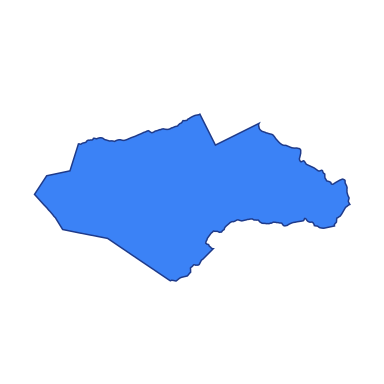 the district of Koas Krala, Batdâmbâng, Cambodia, rotated 244°
{"feature_id": "14789045B77023093134849", "entity_name": "Koas Krala", "entity_type": "district", "adm_level": 2, "iso_a3": "KHM", "parent_name": "Cambodia", "parent_adm1": "Batdâmbâng", "projection": "natural_earth1", "projection_center": [103.147, 12.673], "detail": "fine", "context": "isolated", "style": "filled", "palette": "blue", "viewbox_px": 384, "rotation_deg": 244, "n_neighbors": 0, "source": "geoboundaries", "source_scale": "gbopen_adm2", "svg_char_len": 6153}
<svg xmlns="http://www.w3.org/2000/svg" viewBox="0 0 384 384"><g transform="rotate(244 192 192)"><path d="M121.7,133.6L121.6,135.1L120.8,136.3L119.0,138.6L119.1,139.4L119.6,141.5L119.9,142.9L120.0,144.2L119.8,145.8L119.6,146.4L119.4,147.6L119.1,148.7L118.8,150.1L118.6,151.1L119.5,153.1L120.0,154.1L120.3,155.0L120.5,155.6L123.8,157.1L124.3,157.2L124.5,157.5L124.7,158.0L124.9,159.3L125.1,159.9L125.6,161.0L125.8,161.5L125.8,161.8L125.2,162.7L124.7,163.1L124.0,164.6L123.7,165.3L123.6,166.1L123.8,166.8L124.6,167.9L124.9,168.3L125.8,169.5L126.6,170.6L126.7,171.1L126.8,171.8L126.8,172.1L131.7,186.2L132.0,185.7L132.3,185.4L132.8,185.0L133.1,184.8L133.5,184.7L134.1,184.6L135.3,184.0L136.0,183.8L136.6,183.8L136.9,183.8L137.2,183.9L137.7,183.6L138.0,183.4L138.5,182.6L140.0,181.9L141.5,183.1L141.9,183.6L142.3,184.3L142.7,184.7L143.3,185.2L143.7,185.6L146.6,191.1L146.9,192.5L147.1,193.2L147.5,194.1L147.3,194.5L147.0,194.8L146.7,195.2L145.6,197.4L145.3,197.8L144.8,198.2L144.2,198.6L143.7,199.1L143.6,199.6L143.4,200.2L143.2,200.5L143.1,200.9L143.2,201.3L143.9,202.4L144.0,203.0L144.1,204.2L144.3,204.6L145.3,205.4L145.9,206.4L146.1,206.9L146.5,208.0L147.6,212.2L147.8,212.6L147.9,214.6L147.8,215.1L147.2,216.1L147.0,217.4L147.0,218.2L147.1,219.1L147.1,220.0L147.0,220.6L146.8,221.2L146.5,221.5L146.0,222.0L145.6,222.4L144.9,223.2L144.3,223.9L143.9,225.2L143.8,225.8L143.6,226.7L143.1,228.8L143.1,229.5L142.4,231.3L142.3,232.0L142.0,232.9L141.5,234.0L141.3,234.4L139.6,235.5L139.3,236.3L138.5,237.6L137.8,239.1L137.5,239.4L136.7,239.6L136.2,239.6L134.9,240.1L133.9,240.9L133.4,241.1L132.8,241.9L131.8,243.8L130.8,245.2L130.6,245.8L129.8,247.3L129.7,247.6L129.6,249.1L129.3,249.3L129.2,249.7L129.2,250.1L129.2,250.7L129.3,251.8L128.1,253.9L127.3,254.8L127.0,255.5L126.6,256.2L125.7,257.2L125.3,258.0L124.6,259.0L122.5,259.3L121.4,259.8L121.0,260.3L120.8,260.7L120.5,261.9L120.4,262.3L120.3,262.8L120.2,263.1L120.4,263.9L120.5,264.6L120.5,267.0L120.4,268.4L120.2,269.7L119.6,271.5L119.2,273.3L117.9,277.4L117.4,279.3L117.4,279.7L117.8,280.4L118.7,281.4L118.8,281.9L118.2,282.4L117.5,282.7L116.4,282.8L116.0,282.9L115.6,283.0L114.8,283.3L114.0,283.9L113.2,284.7L112.9,285.3L112.5,286.4L112.0,287.0L111.3,287.3L109.6,287.5L108.9,287.5L108.6,287.4L108.2,287.2L107.6,287.9L107.0,288.8L106.5,289.6L105.6,290.3L104.8,290.6L104.5,290.8L103.8,291.3L103.5,291.8L103.0,292.4L101.9,294.1L101.5,295.2L99.0,305.2L99.7,305.4L100.1,305.5L100.5,306.1L101.0,306.9L101.2,307.7L101.6,308.6L103.4,309.7L104.4,310.2L105.1,310.9L105.0,311.8L105.1,312.4L105.3,313.2L105.3,313.8L105.4,314.7L106.6,316.9L110.1,322.1L110.8,323.2L111.1,324.3L111.1,325.0L111.4,325.7L111.5,326.5L111.6,327.0L111.7,327.7L111.6,328.4L113.9,328.3L114.4,328.3L115.1,328.4L116.2,329.2L117.1,330.1L117.4,330.3L117.9,330.6L118.2,330.5L118.6,330.6L119.5,330.6L120.7,330.6L121.8,330.8L123.4,331.1L123.8,331.2L124.8,331.6L125.5,332.0L126.5,332.4L127.7,333.2L128.1,333.3L129.5,333.6L132.4,333.6L133.0,333.6L134.2,334.1L134.7,334.4L135.4,334.6L136.0,334.4L137.5,333.2L137.7,332.6L137.8,330.5L137.9,329.9L137.8,329.2L137.6,325.8L137.4,323.8L137.2,322.8L137.2,322.3L137.3,321.8L137.5,321.5L137.8,321.1L138.0,320.9L138.6,320.7L139.3,320.9L139.8,320.9L140.3,320.6L141.2,319.9L142.9,318.0L143.2,317.9L144.7,317.9L146.0,317.7L146.5,317.7L147.8,318.2L149.9,319.2L150.5,319.0L151.1,318.5L152.1,318.4L152.5,318.4L153.8,318.6L154.1,318.6L154.4,318.3L154.8,317.9L154.9,316.3L155.1,315.5L155.4,315.1L155.6,314.8L155.9,314.6L160.0,312.4L166.8,306.9L170.0,306.5L170.6,306.3L170.9,306.2L171.2,305.9L171.2,305.3L171.3,303.3L171.5,303.1L171.8,302.9L172.5,302.8L173.0,302.7L173.6,302.7L174.7,303.0L176.7,304.7L177.2,305.1L177.7,305.5L179.2,306.7L180.7,307.4L181.3,307.8L182.5,308.1L183.2,307.9L183.7,307.7L184.0,307.5L184.5,306.7L185.0,306.2L185.8,305.1L186.3,303.8L186.6,303.2L188.0,301.1L188.6,300.6L189.5,299.7L190.0,299.3L190.9,298.5L191.3,298.1L191.8,297.7L192.7,296.9L193.1,296.2L193.4,295.5L194.1,294.5L195.3,293.5L197.6,292.3L198.8,291.9L200.5,291.4L201.7,291.1L202.3,290.9L203.5,290.6L205.2,290.4L206.4,290.1L207.0,290.0L207.6,289.8L208.2,289.5L208.7,289.1L209.2,288.6L209.9,287.7L210.7,286.8L211.2,286.2L211.7,285.8L212.9,284.3L213.5,284.0L215.6,281.8L216.2,281.3L216.7,281.1L217.4,280.8L217.9,280.6L218.5,280.4L219.6,280.3L220.1,280.4L220.7,280.6L221.4,280.8L221.7,280.7L222.4,281.0L223.3,281.4L223.7,281.6L224.3,282.4L223.9,233.6L258.5,233.2L258.4,232.7L258.5,231.7L258.7,231.3L258.8,230.7L259.2,229.5L259.5,228.2L259.6,226.6L259.6,225.1L259.5,222.8L259.4,222.3L259.2,221.7L259.3,221.1L259.3,220.3L259.0,219.6L258.7,219.2L258.7,218.5L259.0,217.9L259.1,217.3L259.3,216.8L259.5,216.2L259.9,215.6L260.1,215.2L259.0,213.4L258.8,212.9L258.7,212.0L258.8,211.5L258.7,210.8L258.2,209.1L257.7,208.2L257.7,207.4L258.2,205.6L258.3,203.4L258.3,202.7L258.6,201.6L258.5,200.9L258.5,200.2L258.4,199.5L258.8,197.8L259.7,196.1L260.7,194.7L261.3,194.0L261.6,193.1L261.8,192.3L261.8,191.9L261.7,191.2L262.1,190.7L262.2,190.0L262.3,189.4L262.3,188.5L262.6,186.7L262.9,185.7L262.6,183.5L262.8,182.2L263.1,181.6L263.5,181.3L264.6,180.6L265.7,180.1L266.3,179.5L266.5,177.9L266.4,176.8L266.6,175.4L266.7,175.0L266.7,173.5L266.7,172.6L266.7,171.8L266.9,169.1L267.0,165.3L267.5,161.0L267.5,159.7L267.6,159.0L267.6,157.3L267.7,156.1L267.9,154.6L268.2,153.4L268.9,152.2L270.3,150.6L270.7,149.9L270.9,149.3L271.2,148.5L271.4,147.1L271.5,146.3L271.4,145.0L271.5,144.4L271.8,144.2L272.9,142.7L273.3,142.0L274.0,140.2L274.8,139.4L275.5,138.6L276.4,137.7L276.7,137.3L277.2,136.7L278.1,136.1L279.3,135.5L279.9,135.0L280.7,133.9L281.2,132.7L281.4,131.8L281.5,131.1L281.6,130.4L281.6,129.7L281.8,129.3L283.1,127.8L283.4,127.3L283.4,126.8L283.0,126.5L282.7,126.0L282.6,125.4L282.6,124.8L283.2,123.8L283.4,122.7L283.9,121.9L284.1,121.3L284.1,120.7L284.0,119.9L283.4,118.8L283.2,118.4L283.3,117.7L283.8,115.4L283.9,114.8L283.7,113.3L283.8,112.7L284.7,111.7L285.0,111.0L264.5,91.6L270.3,68.5L258.9,49.4L245.0,53.4L243.9,53.8L241.1,54.7L238.7,55.2L237.0,55.8L233.5,56.7L232.2,57.0L230.9,57.2L228.3,58.1L228.0,58.0L215.0,59.3L204.7,72.7L187.3,95.8L161.1,110.8L141.7,122.0L123.5,132.5L121.7,133.6Z" fill="#3b82f6" stroke="#1e3a8a" stroke-width="1.5"/></g></svg>